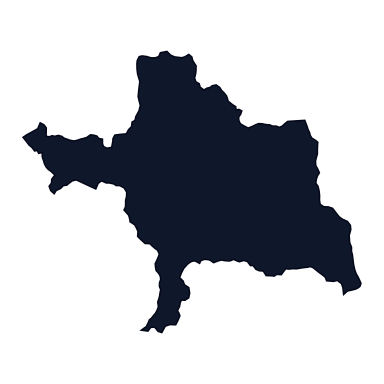 the district of Piraju, São Paulo, Brazil
{"feature_id": "56859067B99477095521428", "entity_name": "Piraju", "entity_type": "district", "adm_level": 2, "iso_a3": "BRA", "parent_name": "Brazil", "parent_adm1": "São Paulo", "projection": "mercator", "projection_center": [-49.387, -23.195], "detail": "fine", "context": "isolated", "style": "filled", "palette": "ink", "viewbox_px": 384, "rotation_deg": 0, "n_neighbors": 0, "source": "geoboundaries", "source_scale": "gbopen_adm2", "svg_char_len": 3769}
<svg xmlns="http://www.w3.org/2000/svg" viewBox="0 0 384 384"><path d="M46.3,127.9L44.0,124.8L40.2,122.8L37.7,128.7L31.3,132.3L26.7,134.8L23.0,137.3L26.5,141.7L29.0,145.0L32.1,147.6L34.6,151.0L37.2,150.5L38.7,153.4L42.1,152.5L42.3,157.1L43.4,160.3L44.6,164.2L46.2,167.1L48.1,169.3L51.0,171.4L54.9,175.0L51.7,179.2L51.5,183.1L49.1,186.2L50.7,190.6L54.2,193.8L56.2,190.5L60.5,188.5L63.4,185.6L66.8,185.2L69.0,183.3L72.4,180.8L76.2,179.9L95.8,189.0L98.2,183.3L101.5,180.9L106.3,183.0L109.4,183.0L113.9,184.0L116.1,185.6L119.7,185.6L124.1,187.9L126.7,192.2L126.5,196.8L125.6,200.1L125.6,203.4L125.5,206.8L124.0,210.0L128.7,215.3L129.7,219.1L130.1,221.8L134.7,224.8L136.3,227.7L138.0,231.5L137.6,236.4L140.4,239.2L145.1,243.5L149.9,243.7L152.2,246.0L154.6,248.1L157.5,250.2L159.3,254.1L158.2,257.1L157.1,259.7L155.2,263.7L155.5,267.1L156.1,270.5L158.8,273.5L160.3,276.4L160.7,279.3L159.5,282.8L159.4,286.5L160.7,289.6L160.1,292.4L159.7,295.2L159.1,298.0L157.7,302.1L158.4,306.6L157.1,310.2L155.5,313.2L153.4,315.6L151.5,318.1L149.4,319.8L147.9,323.4L146.3,326.6L143.7,328.4L141.3,330.2L148.0,331.1L150.6,327.5L154.6,327.1L158.1,331.4L161.8,332.6L165.3,326.2L169.8,324.6L175.7,324.8L177.7,321.0L179.9,315.8L178.9,313.1L177.5,310.7L179.6,306.4L180.2,302.7L181.5,300.0L184.9,300.3L188.7,297.9L189.7,293.1L188.8,287.6L184.4,284.7L183.2,281.1L179.6,277.6L181.6,272.6L183.7,268.5L187.4,264.3L189.6,262.6L191.9,261.3L195.0,260.9L199.6,263.4L200.8,260.7L204.2,259.4L206.9,259.5L209.7,260.0L213.6,262.7L217.7,261.1L221.5,260.0L224.2,260.6L227.3,260.9L230.1,260.9L233.6,259.4L236.8,260.9L239.3,261.8L243.6,260.5L247.3,261.4L250.4,265.6L253.1,265.6L255.9,269.3L259.0,270.7L263.3,271.1L266.1,275.6L271.7,275.8L274.3,276.1L276.6,274.4L281.3,274.7L283.5,271.7L285.7,268.8L289.2,269.1L292.3,268.7L296.7,268.8L301.8,267.9L307.6,267.2L310.4,266.6L313.0,267.6L319.1,272.5L322.8,275.2L325.3,277.3L326.6,280.8L333.8,281.4L337.2,280.4L341.5,283.6L342.9,287.8L343.6,294.5L347.4,291.1L355.0,289.3L357.5,288.2L359.9,286.5L361.0,283.3L358.3,277.4L356.2,273.7L354.7,269.6L353.6,264.5L353.0,259.8L352.4,254.6L351.5,251.4L351.5,247.1L349.7,242.7L349.2,235.4L350.8,229.6L350.4,225.3L347.4,221.4L342.3,219.1L339.3,216.9L336.6,213.6L332.6,208.3L328.4,206.9L323.9,206.7L320.2,204.4L319.5,200.4L319.6,195.5L319.1,190.8L318.0,186.3L315.8,183.1L316.4,179.1L317.5,175.9L319.4,172.8L317.8,169.1L315.8,165.6L315.5,161.1L316.4,157.5L317.4,153.9L317.4,149.7L317.5,146.2L317.8,142.3L315.8,140.5L311.8,138.0L310.2,135.3L309.5,132.3L308.2,129.9L307.1,126.4L304.8,120.3L287.7,121.4L284.8,123.7L282.1,126.2L279.3,127.3L276.2,126.1L272.6,126.1L269.6,124.8L266.2,124.6L262.0,123.7L258.5,123.6L255.3,124.9L251.9,126.6L248.2,128.0L244.0,125.9L240.3,123.7L238.8,120.3L238.7,117.1L240.7,114.1L241.8,110.9L238.9,109.4L236.1,109.9L235.7,106.6L232.7,104.8L228.2,101.2L226.6,96.0L224.3,93.1L221.5,90.3L219.8,87.5L216.2,84.9L212.2,85.7L210.2,87.4L206.8,88.2L204.0,90.0L200.2,87.2L199.2,83.7L195.8,81.7L194.6,78.0L195.6,74.0L196.0,70.8L196.1,65.8L194.4,63.2L192.7,60.4L191.8,56.9L188.8,54.4L184.7,56.9L181.6,57.7L174.7,56.9L170.6,55.1L166.9,51.4L160.4,52.7L158.7,56.6L155.1,57.8L151.0,57.8L146.7,56.5L142.2,55.9L139.2,56.6L137.2,60.6L136.9,63.8L137.0,69.2L137.6,74.1L139.8,81.5L139.2,86.1L138.8,89.4L138.1,96.4L139.0,100.5L140.3,105.4L139.0,110.8L135.8,116.6L135.0,120.4L132.1,122.0L131.5,126.6L128.5,129.7L126.4,133.8L122.2,134.2L118.9,134.5L114.8,135.1L113.0,138.5L112.8,141.4L112.2,144.4L111.7,147.3L106.9,148.2L103.5,146.5L102.5,143.7L102.5,139.1L98.9,138.5L96.8,136.0L93.5,135.1L90.4,134.8L86.8,137.4L83.2,138.5L80.5,139.1L77.7,140.1L74.0,141.0L70.3,140.3L66.9,139.1L64.2,138.2L61.7,136.3L58.3,135.4L54.9,136.3L52.1,135.7L49.2,136.8L46.1,136.2L46.2,132.3L46.3,127.9Z" fill="#0f172a" stroke="#020617" stroke-width="1.5"/></svg>